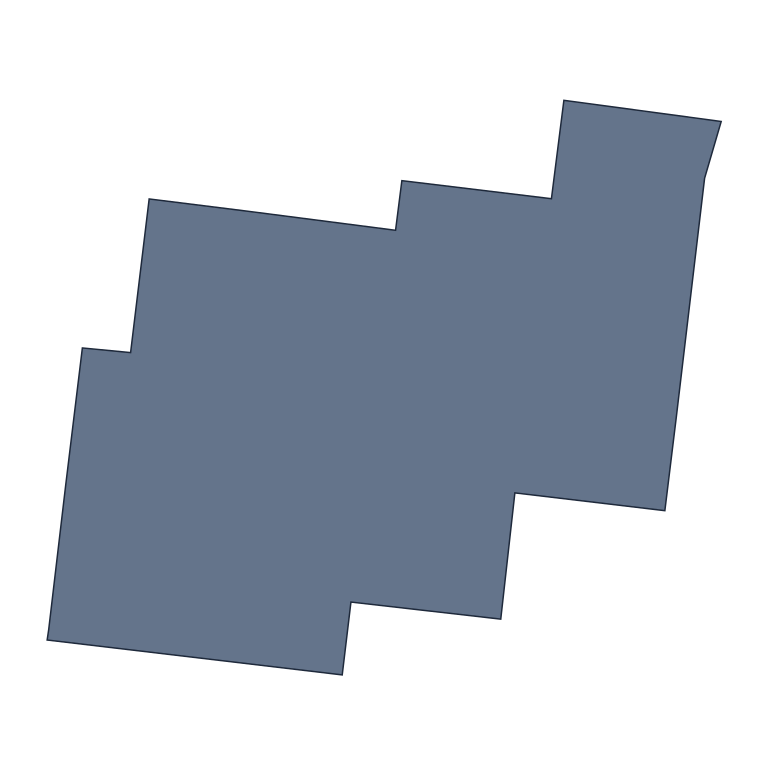 the district of Perry, Ohio, United States of America, rotated 93°
{"feature_id": "52423323B79068710555574", "entity_name": "Perry", "entity_type": "district", "adm_level": 2, "iso_a3": "USA", "parent_name": "United States of America", "parent_adm1": "Ohio", "projection": "orthographic", "projection_center": [-82.25, 39.74], "detail": "fine", "context": "isolated", "style": "filled", "palette": "slate", "viewbox_px": 768, "rotation_deg": 93, "n_neighbors": 0, "source": "geoboundaries", "source_scale": "gbopen_adm2", "svg_char_len": 417}
<svg xmlns="http://www.w3.org/2000/svg" viewBox="0 0 768 768"><g transform="rotate(93 384 384)"><path d="M218.6,529.2L211.5,628.2L365.9,638.7L363.8,687.1L500.6,696.5L646.9,706.0L657.3,707.0L676.7,410.5L603.5,405.6L608.0,332.0L612.7,255.1L485.9,247.6L495.8,96.9L402.4,90.4L161.7,74.6L104.2,61.0L91.3,219.2L190.2,226.5L180.0,376.8L229.9,380.5L218.6,529.2Z" fill="#64748b" stroke="#1e293b" stroke-width="1.5"/></g></svg>